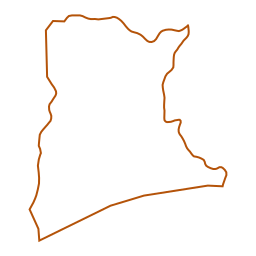 outline of San Jose, Choluteca, Honduras
{"feature_id": "27666195B7253406385718", "entity_name": "San Jose", "entity_type": "district", "adm_level": 2, "iso_a3": "HND", "parent_name": "Honduras", "parent_adm1": "Choluteca", "projection": "equal_earth", "projection_center": [-87.408, 13.714], "detail": "fine", "context": "isolated", "style": "outline", "palette": "amber", "viewbox_px": 256, "rotation_deg": 0, "n_neighbors": 0, "source": "geoboundaries", "source_scale": "gbopen_adm2", "svg_char_len": 2412}
<svg xmlns="http://www.w3.org/2000/svg" viewBox="0 0 256 256"><path d="M222.6,186.3L223.1,184.2L223.8,182.2L224.5,180.2L225.1,178.4L226.4,175.1L226.3,172.3L224.8,169.9L222.7,167.9L221.3,167.2L219.4,167.2L217.8,168.1L216.6,168.7L215.3,169.0L213.2,169.0L210.7,168.2L207.9,166.9L206.2,165.7L205.2,163.9L204.7,161.8L203.7,159.9L201.5,158.6L199.0,157.5L196.5,156.8L194.0,156.4L192.9,155.5L191.5,153.8L189.8,151.4L188.8,150.4L187.2,148.4L186.1,146.3L185.2,143.8L184.0,141.0L182.8,138.8L181.3,136.3L180.1,134.8L179.3,133.5L178.7,131.8L178.6,129.5L179.1,127.1L179.9,124.7L180.7,122.6L180.6,120.8L179.7,119.8L178.5,119.8L176.8,120.1L174.8,120.4L173.1,121.1L170.9,121.8L168.9,122.0L167.0,122.1L165.9,121.7L165.1,121.0L164.5,120.1L164.3,118.0L164.4,114.4L164.5,110.6L164.1,107.7L164.1,105.0L164.3,101.3L164.5,98.1L164.5,97.6L164.1,94.8L163.2,90.4L162.8,87.6L162.6,84.9L163.3,82.2L164.4,79.2L165.4,76.4L167.1,73.7L169.3,71.9L171.5,70.0L173.3,67.4L173.5,65.0L173.5,62.5L173.6,59.9L173.8,56.7L174.1,54.6L174.8,52.7L175.9,51.2L177.0,49.9L177.5,49.2L178.4,47.6L179.7,45.8L181.4,43.8L182.9,41.6L183.6,40.6L184.8,39.4L186.5,37.7L187.7,36.1L188.5,34.3L188.7,32.4L188.7,31.0L188.5,28.9L188.3,26.9L188.0,25.4L187.9,25.4L186.9,26.5L185.7,27.3L184.1,28.5L182.4,29.7L180.6,30.5L178.9,31.1L177.1,30.8L174.7,30.3L171.7,29.6L168.8,29.5L165.8,29.8L163.5,30.5L163.0,30.6L161.2,31.6L159.6,33.3L158.1,35.7L156.1,39.1L154.1,41.1L151.6,42.0L149.3,41.9L147.4,41.0L145.2,39.0L143.0,36.7L141.3,35.3L140.3,34.6L137.2,33.1L134.2,32.3L131.5,31.5L129.7,30.3L128.1,28.9L126.0,26.5L125.9,26.4L123.6,23.4L121.3,20.9L119.1,19.1L116.9,17.7L114.7,17.0L112.9,16.9L110.8,17.8L109.1,18.1L98.4,19.4L95.0,19.0L91.0,19.1L88.3,18.6L85.4,17.5L82.6,16.1L80.7,15.6L80.0,15.4L76.1,15.4L72.0,15.4L68.9,16.0L67.0,17.8L64.3,21.4L53.0,21.0L45.9,30.3L46.9,68.6L47.1,76.8L51.7,84.2L54.1,87.5L56.0,91.3L56.2,93.4L55.8,94.8L55.3,95.9L54.0,97.8L52.9,99.5L51.7,101.5L49.6,104.2L49.0,106.5L49.2,110.0L49.8,111.9L50.6,113.7L51.3,115.9L51.2,118.5L50.5,120.9L48.7,123.0L47.3,124.8L45.5,126.8L43.7,128.9L43.4,129.2L41.3,131.8L39.8,134.7L39.4,138.5L39.0,142.8L38.8,145.4L38.8,145.9L40.1,148.9L40.9,153.1L40.2,154.8L39.7,156.5L38.8,159.5L37.9,165.7L38.7,172.5L39.1,177.9L39.0,183.5L37.8,189.5L36.3,195.4L35.1,198.6L33.4,202.5L29.6,209.4L38.4,228.8L39.3,240.6L110.5,205.7L128.8,200.2L141.3,196.4L143.9,195.6L207.8,185.6L222.6,186.3Z" fill="none" stroke="#b45309" stroke-width="2"/></svg>